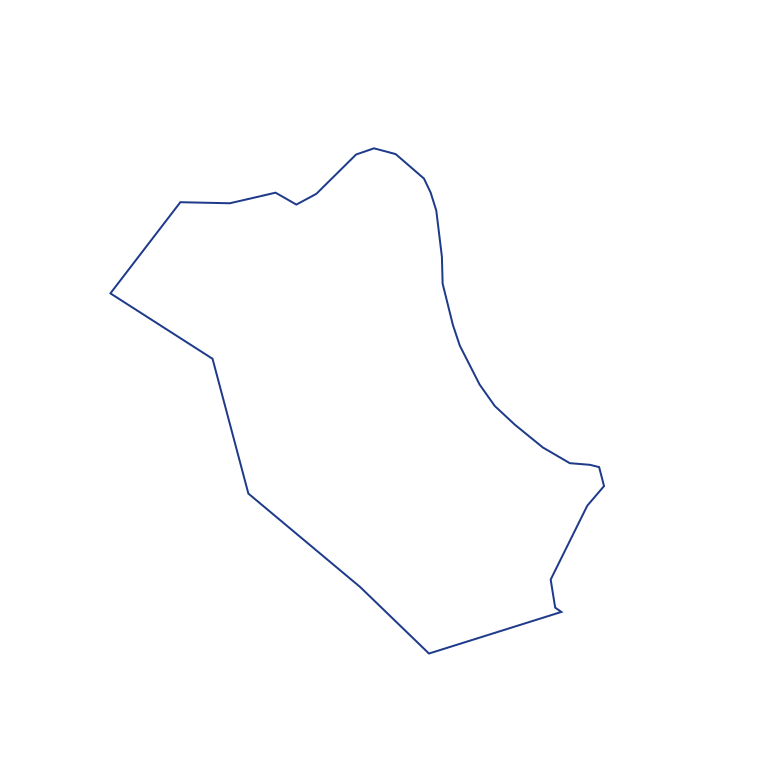 Bella Rosa, Castries, Saint Lucia, rotated 35°
{"feature_id": "8701671B73008172575008", "entity_name": "Bella Rosa", "entity_type": "district", "adm_level": 2, "iso_a3": "LCA", "parent_name": "Saint Lucia", "parent_adm1": "Castries", "projection": "mercator", "projection_center": [-60.996, 14.008], "detail": "fine", "context": "isolated", "style": "outline", "palette": "blue", "viewbox_px": 768, "rotation_deg": 35, "n_neighbors": 0, "source": "geoboundaries", "source_scale": "gbopen_adm2", "svg_char_len": 585}
<svg xmlns="http://www.w3.org/2000/svg" viewBox="0 0 768 768"><g transform="rotate(35 384 384)"><path d="M108.0,464.2L108.0,466.7L229.1,461.7L335.7,551.5L337.4,551.7L481.0,564.0L575.4,579.0L660.0,469.0L652.5,469.0L632.7,448.6L620.3,367.0L622.8,341.4L607.9,328.7L599.0,332.1L581.6,342.3L550.6,344.9L514.6,342.3L487.4,338.5L462.6,329.6L424.1,309.1L406.8,296.3L374.5,268.2L358.4,246.5L327.4,212.0L312.5,200.5L298.9,192.8L261.7,189.0L240.6,196.7L229.5,212.0L219.5,267.0L209.3,287.3L185.4,289.5L154.0,324.4L112.9,351.9L108.0,464.2Z" fill="none" stroke="#1e3a8a" stroke-width="2"/></g></svg>